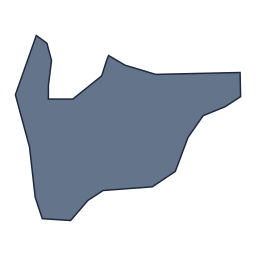 the state/province of Brčko Distrikt
{"feature_id": "BIH-4803", "entity_name": "Brčko Distrikt", "entity_type": "state/province", "adm_level": 1, "iso_a3": "BIH", "parent_name": "Bosnia and Herzegovina", "parent_adm1": "", "projection": "natural_earth1", "projection_center": [18.842, 44.819], "detail": "fine", "context": "isolated", "style": "filled", "palette": "slate", "viewbox_px": 256, "rotation_deg": 0, "n_neighbors": 0, "source": "natural_earth", "source_scale": "10m", "svg_char_len": 417}
<svg xmlns="http://www.w3.org/2000/svg" viewBox="0 0 256 256"><path d="M108.6,55.5L125.0,65.2L155.6,74.4L240.1,72.5L240.6,96.6L225.5,106.5L203.1,115.7L188.0,137.4L175.3,171.4L152.3,186.8L103.1,190.5L87.9,200.4L70.6,220.5L42.3,218.7L35.2,197.2L29.5,146.9L15.4,94.8L36.3,35.5L46.9,43.2L51.5,60.5L48.4,85.6L48.4,99.1L72.8,99.1L101.7,75.9L106.8,59.9L108.6,55.5Z" fill="#64748b" stroke="#1e293b" stroke-width="1.5"/></svg>